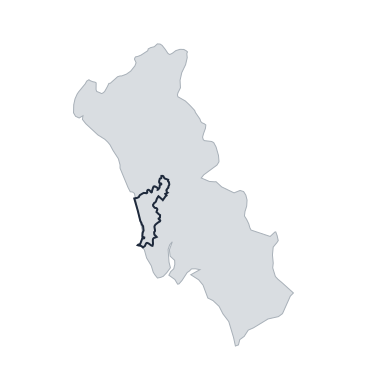 location of Leiria within Portugal, rotated 324°
{"feature_id": "PRT-740", "entity_name": "Leiria", "entity_type": "District", "adm_level": 1, "iso_a3": "PRT", "parent_name": "Portugal", "parent_adm1": "", "projection": "robinson", "projection_center": [-8.666, 39.654], "detail": "fine", "context": "in_parent", "style": "outline", "palette": "slate", "viewbox_px": 384, "rotation_deg": 324, "n_neighbors": 0, "source": "natural_earth", "source_scale": "10m", "svg_char_len": 4977}
<svg xmlns="http://www.w3.org/2000/svg" viewBox="0 0 384 384"><g transform="rotate(324 192 192)"><path d="M147.6,51.9L152.1,47.9L156.6,45.3L159.0,44.4L169.3,41.7L172.0,40.4L174.6,40.6L175.0,41.9L176.5,44.4L178.1,46.1L178.6,47.4L174.6,52.7L174.0,54.6L176.1,58.0L176.5,59.0L177.5,59.5L180.3,59.4L185.3,57.1L188.6,55.3L189.8,56.0L199.5,55.0L201.9,55.8L203.4,56.8L208.2,58.1L213.4,58.2L219.9,56.4L222.7,54.6L223.2,52.6L223.4,51.1L224.2,50.1L225.7,49.5L228.0,50.5L231.3,51.3L239.2,51.7L240.7,50.5L243.4,50.9L246.9,52.3L251.0,51.8L253.1,53.5L254.0,55.8L254.2,60.8L254.0,65.8L254.8,67.7L257.6,68.2L262.0,68.1L266.1,69.5L269.2,71.9L270.3,74.3L270.7,76.0L269.2,76.9L267.1,80.5L261.7,85.2L253.9,89.4L248.0,94.6L243.9,100.9L238.8,103.6L237.2,105.0L236.6,106.7L240.1,114.4L241.2,120.3L242.1,127.6L241.5,129.7L241.3,137.7L240.5,140.0L240.8,141.9L242.0,143.9L242.6,145.9L240.3,148.4L236.0,151.3L232.8,153.8L231.9,156.2L232.2,157.7L237.6,162.7L238.6,164.8L237.9,169.8L234.9,178.0L231.9,183.0L231.4,183.5L228.0,184.9L211.7,185.0L207.7,186.1L208.3,187.1L212.2,193.6L216.2,197.0L217.5,197.8L219.0,205.3L225.5,217.4L231.8,219.0L234.0,222.0L233.7,226.2L231.8,230.9L227.9,235.6L223.3,239.0L220.3,242.3L220.1,246.2L219.2,251.1L217.8,254.9L217.4,257.5L229.1,273.9L235.5,273.1L236.3,273.5L235.2,277.4L233.2,282.0L230.8,282.9L225.3,284.3L220.1,290.2L215.9,297.3L212.7,300.8L209.8,309.3L210.2,312.9L211.6,318.6L214.7,333.3L210.4,334.0L193.7,343.6L188.6,343.6L178.9,339.4L161.8,338.0L156.3,336.8L149.3,339.5L143.9,339.5L139.7,343.0L136.6,342.1L140.1,334.1L145.6,318.4L145.4,308.8L146.7,300.5L145.2,292.3L142.5,287.1L146.2,273.8L145.8,266.9L142.4,258.2L152.8,259.5L149.6,256.1L146.4,253.9L143.4,254.4L140.8,254.3L131.9,257.7L127.5,258.7L126.2,258.1L126.7,252.7L124.4,245.7L128.0,243.9L132.1,243.4L135.6,240.4L137.8,237.1L136.6,231.1L139.7,225.5L146.8,220.7L143.1,221.5L138.9,224.4L132.2,235.2L130.0,240.6L124.3,242.4L119.2,243.3L116.6,242.7L113.5,241.3L113.3,237.3L113.5,234.1L115.7,227.7L116.5,218.7L119.5,210.7L119.3,208.5L118.5,205.3L121.2,202.2L124.5,200.1L129.5,193.2L136.5,176.7L144.6,159.3L143.9,157.1L142.2,155.5L142.9,150.8L147.8,130.4L149.7,127.8L152.0,121.8L152.5,112.2L153.4,105.5L153.2,102.2L152.5,98.2L149.4,90.5L146.2,74.3L146.0,68.9L148.6,66.2L144.2,65.8L142.3,62.3L142.7,58.3L147.6,51.9Z" fill="#d9dde1" stroke="#a8b0b8" stroke-width="1"/><path d="M119.8,208.0L119.5,206.6L118.9,205.4L117.2,203.7L116.8,203.1L117.4,203.0L119.5,203.6L123.1,201.3L124.0,200.6L125.0,200.5L125.6,201.2L126.1,201.3L126.7,200.7L126.3,200.0L125.5,199.2L126.3,198.0L127.4,196.8L127.8,196.2L128.7,195.6L130.1,194.8L130.8,193.6L131.3,192.7L132.3,191.0L132.4,190.0L132.3,188.9L132.9,187.3L133.2,185.0L137.1,175.4L141.5,163.3L143.0,163.9L143.4,164.2L144.1,164.5L145.7,164.8L146.1,164.8L146.7,164.4L147.9,163.9L150.4,164.1L151.4,164.2L152.4,164.4L152.9,164.8L153.8,165.5L154.2,166.1L154.4,166.2L154.7,166.3L155.2,166.3L155.5,166.1L156.3,164.8L156.7,164.6L157.0,164.4L157.4,164.4L157.7,164.4L158.0,164.6L158.3,164.9L158.7,166.2L158.7,166.8L158.7,167.7L158.8,168.2L159.0,168.5L159.6,168.4L160.5,167.4L161.7,166.6L163.3,165.4L164.3,165.4L164.4,165.1L164.8,165.2L165.2,165.5L165.8,166.7L166.3,167.9L166.5,168.6L166.4,169.1L166.1,169.5L165.8,169.8L165.6,170.0L165.9,170.1L166.3,170.1L168.3,169.4L170.0,167.5L170.5,167.5L171.2,167.8L171.6,167.8L171.9,167.5L172.0,167.0L171.8,166.6L171.2,166.1L171.1,165.9L171.0,165.5L171.0,165.1L171.7,164.0L173.8,162.3L175.2,162.8L176.7,161.0L177.3,161.4L177.6,161.6L177.9,162.0L178.1,162.4L177.8,164.1L177.9,165.1L179.9,168.1L179.4,168.5L179.2,168.8L178.9,169.4L179.1,169.7L179.2,169.9L179.2,170.0L179.0,170.7L178.1,172.5L177.6,172.9L177.2,173.2L176.8,173.3L176.3,173.5L175.9,174.0L175.5,174.5L175.2,174.7L174.7,174.6L172.6,175.3L172.3,175.5L172.1,175.9L172.1,176.2L172.1,176.5L171.8,176.8L171.4,177.3L171.4,177.6L171.7,178.2L169.6,178.1L169.3,177.9L169.2,178.2L169.3,178.6L169.5,179.8L169.2,179.9L168.3,179.8L167.2,180.2L166.6,180.4L164.6,181.1L163.7,181.4L163.7,181.1L163.5,180.7L163.5,180.3L163.1,178.9L163.0,178.2L162.4,175.7L161.6,175.9L161.0,176.4L160.5,176.4L159.9,176.6L157.5,178.3L156.6,178.7L156.0,178.8L155.1,178.6L152.9,179.5L152.7,179.9L152.4,180.4L152.4,180.9L152.5,181.9L152.5,182.6L152.7,183.1L153.0,183.4L153.4,183.7L153.8,184.2L153.9,185.1L153.8,185.6L153.4,186.0L153.0,186.3L152.6,186.5L151.5,187.3L151.9,189.2L152.0,190.3L152.6,191.9L152.3,192.3L151.0,193.9L150.6,194.0L150.2,194.0L149.8,193.8L149.4,193.8L149.2,194.1L149.2,194.5L149.2,194.9L149.6,195.6L149.6,195.8L149.6,196.0L149.5,196.5L148.8,196.9L146.4,196.7L143.2,196.9L141.8,197.5L141.1,198.1L139.6,201.2L139.2,201.7L138.8,202.0L137.8,202.2L136.7,203.9L136.5,204.7L136.8,205.7L137.0,207.6L135.6,207.3L134.7,206.9L134.0,206.8L133.4,206.9L133.1,207.0L132.6,207.3L131.6,208.5L130.4,210.4L129.5,211.5L128.4,212.3L127.7,211.5L126.6,208.0L126.1,207.3L125.8,206.8L125.4,206.6L125.2,206.7L124.6,206.6L124.2,206.8L122.1,208.0L120.2,208.0L119.8,208.0L119.8,208.0Z" fill="none" stroke="#1e293b" stroke-width="2"/></g></svg>